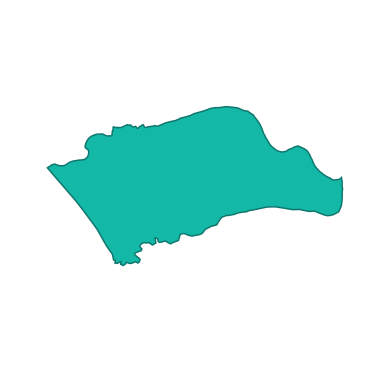 outline of Ese Odo, Ondo, Nigeria, rotated 115°
{"feature_id": "59680162B74748273614391", "entity_name": "Ese Odo", "entity_type": "district", "adm_level": 2, "iso_a3": "NGA", "parent_name": "Nigeria", "parent_adm1": "Ondo", "projection": "mercator", "projection_center": [4.962, 6.236], "detail": "fine", "context": "isolated", "style": "filled", "palette": "teal", "viewbox_px": 384, "rotation_deg": 115, "n_neighbors": 0, "source": "geoboundaries", "source_scale": "gbopen_adm2", "svg_char_len": 3484}
<svg xmlns="http://www.w3.org/2000/svg" viewBox="0 0 384 384"><g transform="rotate(115 192 192)"><path d="M231.2,333.3L235.1,324.8L241.2,311.2L249.6,292.6L254.3,283.5L260.0,272.9L265.6,262.7L277.0,246.7L282.1,237.8L286.8,234.3L286.2,232.5L288.9,231.9L288.5,229.9L285.3,227.0L287.6,226.1L287.7,223.3L286.1,222.3L284.8,221.8L283.2,221.3L283.2,218.6L282.2,216.6L279.2,213.9L279.2,211.0L277.6,210.3L276.1,210.3L274.8,210.8L273.7,214.8L273.1,217.6L271.2,217.7L268.0,214.7L266.9,213.3L264.8,213.3L263.8,215.9L262.3,216.6L260.1,215.8L258.1,214.1L257.6,212.0L256.1,209.7L256.8,205.5L255.5,204.5L253.4,203.2L249.4,206.1L248.8,203.4L250.9,201.9L251.5,200.3L249.6,197.6L248.2,196.3L247.7,194.8L248.0,192.5L248.0,189.5L245.5,187.6L243.5,185.6L241.7,183.8L239.9,184.1L237.9,184.3L235.4,184.8L233.0,181.9L232.6,176.2L232.1,174.1L231.9,173.3L227.5,167.3L225.4,165.3L223.7,164.9L220.2,164.1L215.1,160.2L211.4,155.8L211.3,155.7L208.1,155.5L203.0,154.6L201.6,153.7L200.4,152.5L198.7,150.8L197.5,148.4L195.7,146.1L195.1,145.2L194.5,144.3L191.5,141.4L188.6,137.3L187.4,134.9L184.4,132.0L183.2,130.2L180.3,126.1L178.5,123.8L176.7,121.4L173.7,117.3L170.2,110.2L167.6,101.1L165.4,93.1L163.5,89.5L163.0,88.4L162.4,87.3L161.7,84.2L161.2,82.0L160.0,77.2L159.6,76.6L157.6,73.1L157.5,72.4L157.3,67.7L156.9,62.5L156.5,60.4L156.3,59.5L155.1,57.2L152.8,54.3L148.0,50.7L143.9,50.8L141.6,50.8L139.5,51.4L138.2,51.8L137.4,52.0L131.6,54.4L129.2,55.6L125.7,56.8L122.8,58.6L119.2,60.3L115.7,62.7L117.5,63.3L118.7,64.5L121.0,68.0L121.6,69.8L121.1,72.1L121.1,74.5L121.1,75.7L121.1,76.3L120.6,79.7L120.0,82.7L119.4,85.1L118.2,88.0L117.7,89.2L116.5,91.6L114.7,93.9L113.6,95.1L112.4,96.3L110.7,98.7L108.9,100.5L106.6,104.0L106.0,105.2L105.4,108.2L105.4,111.1L105.4,115.2L107.8,118.2L109.6,119.3L110.8,120.5L112.5,122.3L115.5,124.0L117.9,127.6L118.5,131.1L118.5,132.9L117.9,135.8L117.3,138.2L116.2,141.1L112.6,146.5L112.0,147.5L111.5,148.3L110.3,149.5L108.6,151.9L106.2,154.3L103.9,156.6L102.1,159.0L100.4,161.4L99.2,163.7L98.0,166.1L96.3,169.1L95.7,173.2L95.3,175.0L95.1,175.6L95.7,177.3L96.3,179.1L96.4,182.6L96.4,185.5L97.0,187.9L98.2,191.5L99.4,195.0L100.6,197.9L102.3,200.3L104.1,203.2L105.9,206.8L108.3,210.3L113.0,215.0L116.6,219.1L120.1,223.2L123.7,226.1L127.2,230.2L129.6,233.2L133.8,236.7L137.9,242.0L140.3,244.9L146.8,250.8L148.1,254.8L148.6,254.8L149.0,255.2L149.9,257.0L151.6,259.5L153.0,261.0L153.3,261.9L153.2,262.6L152.9,263.2L152.2,263.8L151.8,264.1L151.7,264.6L152.3,265.4L153.1,265.9L153.8,266.2L154.4,266.6L155.2,267.3L155.9,267.4L156.7,267.6L157.2,268.2L157.2,269.0L157.1,269.5L156.5,270.4L156.4,270.8L156.7,271.3L157.8,272.4L158.0,273.3L157.8,274.2L157.5,275.2L157.2,275.7L157.3,276.4L158.2,277.1L158.2,278.4L158.5,279.3L159.6,280.1L160.6,281.0L163.7,283.7L164.5,285.5L164.9,286.1L164.8,286.7L164.9,286.9L165.2,287.0L165.6,287.9L165.9,289.2L166.1,290.1L166.1,290.7L166.6,290.8L167.8,290.4L168.7,289.9L169.7,289.6L170.2,289.9L170.6,289.9L174.5,288.5L175.1,288.5L175.8,290.2L176.8,291.9L177.3,293.9L177.2,297.2L177.4,298.0L177.9,299.0L178.9,300.6L179.4,302.0L180.3,303.2L182.1,305.2L184.5,307.1L186.8,308.2L188.0,308.5L190.3,308.8L192.9,308.8L196.0,308.1L196.9,307.4L197.2,306.3L197.6,304.4L198.0,303.6L198.9,302.8L200.4,302.1L201.8,301.7L203.5,301.5L204.9,301.7L207.1,302.6L208.0,303.4L209.4,305.2L210.6,307.5L213.1,311.2L214.7,313.4L216.8,315.5L219.7,317.3L221.1,318.1L222.3,319.4L224.1,322.7L224.4,324.9L224.7,328.2L226.3,330.2L231.2,333.3Z" fill="#14b8a6" stroke="#0f766e" stroke-width="1.5"/></g></svg>